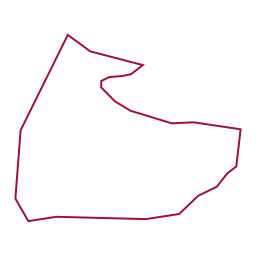 the border of Miren-Kostanjevica
{"feature_id": "SVN-1032", "entity_name": "Miren-Kostanjevica", "entity_type": "Municipality", "adm_level": 1, "iso_a3": "SVN", "parent_name": "Slovenia", "parent_adm1": "", "projection": "natural_earth1", "projection_center": [13.637, 45.866], "detail": "fine", "context": "isolated", "style": "outline", "palette": "rose", "viewbox_px": 256, "rotation_deg": 0, "n_neighbors": 0, "source": "natural_earth", "source_scale": "10m", "svg_char_len": 400}
<svg xmlns="http://www.w3.org/2000/svg" viewBox="0 0 256 256"><path d="M28.3,221.1L15.4,198.6L20.6,130.3L67.8,34.9L90.3,51.4L142.8,65.1L131.1,74.2L122.3,76.0L109.1,77.1L101.3,81.0L101.1,87.3L115.0,101.4L130.6,110.8L171.6,123.3L193.6,122.3L240.6,129.3L236.3,166.4L227.2,173.5L216.8,186.7L198.0,195.9L179.2,214.0L145.9,219.1L56.3,216.8L28.3,221.1Z" fill="none" stroke="#9f1239" stroke-width="2"/></svg>